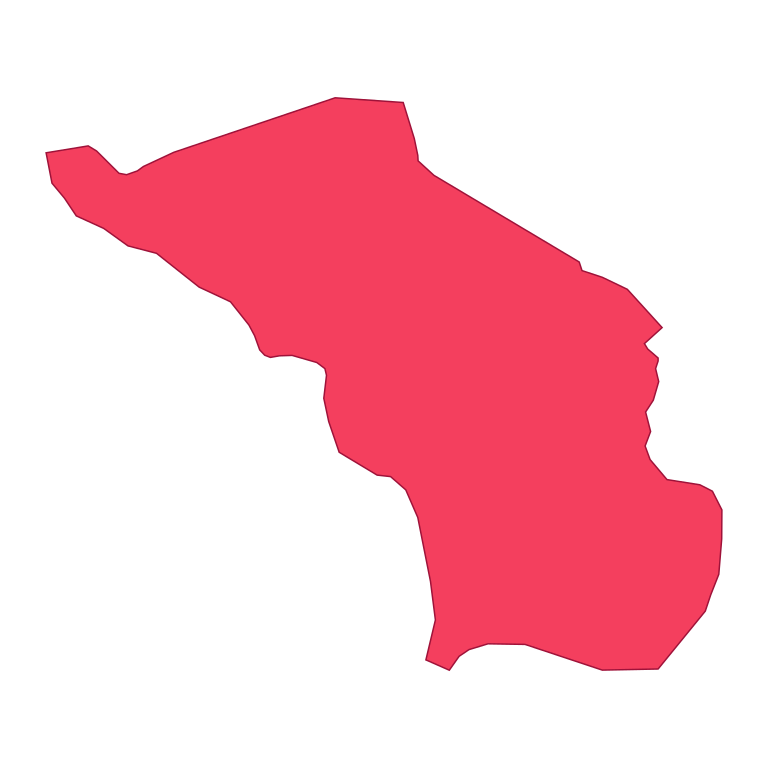 the Municipality of Slovenska Bistrica
{"feature_id": "SVN-221", "entity_name": "Slovenska Bistrica", "entity_type": "Municipality", "adm_level": 1, "iso_a3": "SVN", "parent_name": "Slovenia", "parent_adm1": "", "projection": "albers", "projection_center": [15.549, 46.386], "detail": "fine", "context": "isolated", "style": "filled", "palette": "rose", "viewbox_px": 768, "rotation_deg": 0, "n_neighbors": 0, "source": "natural_earth", "source_scale": "10m", "svg_char_len": 1013}
<svg xmlns="http://www.w3.org/2000/svg" viewBox="0 0 768 768"><path d="M425.9,659.9L435.4,620.0L430.5,581.5L417.8,517.5L405.8,489.9L390.6,476.6L377.1,475.1L339.2,452.3L328.7,421.5L323.8,398.3L326.5,375.3L324.9,368.6L316.8,362.5L292.1,355.4L279.6,355.8L270.4,357.4L264.7,355.2L259.7,349.9L254.6,335.7L248.9,325.0L230.5,301.8L199.1,287.1L156.5,253.3L128.0,245.9L103.7,228.4L76.3,215.9L64.5,198.2L52.0,183.2L46.1,152.8L88.2,145.9L96.6,151.0L119.0,173.3L126.6,174.7L137.4,170.9L143.4,166.5L173.8,152.3L335.1,97.8L403.2,102.5L414.3,138.6L417.8,155.4L418.1,160.9L434.0,175.4L579.2,262.0L582.0,270.6L602.3,277.3L627.3,289.3L662.1,327.6L644.4,343.6L647.7,349.0L658.1,358.0L658.1,361.0L655.6,368.6L658.7,381.6L653.3,400.2L645.6,412.0L650.6,431.5L645.1,446.0L650.1,459.6L667.0,479.6L699.9,484.8L712.4,491.2L721.9,509.9L721.7,539.0L718.8,574.3L710.7,594.9L705.3,611.1L658.1,669.0L602.3,670.1L525.0,644.4L488.0,643.8L469.0,649.6L459.1,656.3L449.3,670.2L425.9,659.9Z" fill="#f43f5e" stroke="#9f1239" stroke-width="1.5"/></svg>